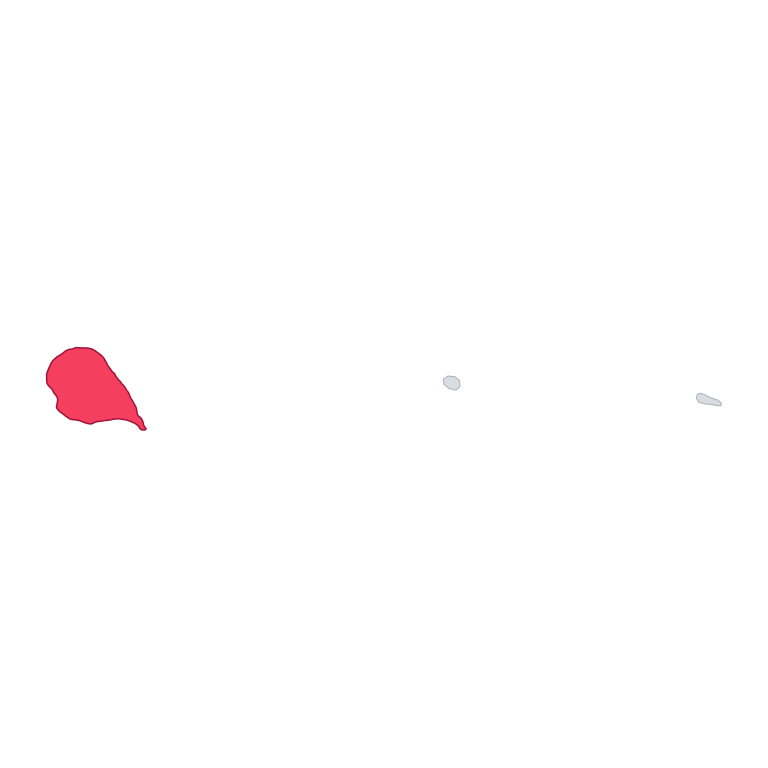 Hadhdhunmathee, Maldives shown in context, rotated 89°
{"feature_id": "70690204B84265710008928", "entity_name": "Hadhdhunmathee", "entity_type": "district", "adm_level": 2, "iso_a3": "MDV", "parent_name": "Maldives", "parent_adm1": "", "projection": "natural_earth1", "projection_center": [73.435, 1.956], "detail": "fine", "context": "in_parent", "style": "filled", "palette": "rose", "viewbox_px": 768, "rotation_deg": 89, "n_neighbors": 0, "source": "geoboundaries", "source_scale": "gbopen_adm2", "svg_char_len": 3712}
<svg xmlns="http://www.w3.org/2000/svg" viewBox="0 0 768 768"><g transform="rotate(89 384 384)"><path d="M407.9,69.4L403.8,72.0L400.0,71.0L398.7,67.8L400.6,63.0L403.8,56.9L406.0,50.3L409.2,46.8L411.7,47.9L411.4,51.7L410.2,56.8L409.5,63.3L407.9,69.4ZM385.4,324.1L380.3,324.6L377.2,319.9L377.9,313.1L381.8,308.4L388.0,308.1L391.5,312.3L389.7,318.9L385.4,324.1Z" fill="#d9dde1" stroke="#a8b0b8" stroke-width="1"/><path d="M370.0,721.2L371.6,721.2L372.9,721.2L374.2,721.2L375.3,721.2L376.6,721.0L377.8,720.8L378.9,720.1L379.8,719.5L380.8,718.5L381.7,717.7L382.7,716.6L383.7,715.9L385.1,715.2L385.9,714.8L387.2,714.2L388.3,713.3L389.5,712.3L390.5,711.7L391.7,711.0L393.3,710.6L394.9,710.6L396.2,710.9L397.3,711.1L398.8,711.3L399.9,711.7L401.1,711.8L402.5,711.6L404.3,710.3L406.3,708.3L407.1,707.2L407.7,706.3L408.3,705.6L409.0,704.8L409.6,704.0L410.7,702.8L411.4,701.6L412.3,700.5L413.2,699.2L413.8,697.4L414.1,696.5L414.3,695.4L414.3,694.0L414.6,693.1L414.6,692.0L414.8,691.3L415.1,690.1L415.4,688.7L415.8,687.6L416.4,686.5L416.8,685.4L417.1,684.7L417.4,683.9L417.8,682.7L418.1,681.9L418.4,680.8L418.6,679.6L418.7,678.8L418.8,678.2L418.7,677.3L418.5,676.3L418.0,675.1L417.5,674.6L417.1,673.7L416.8,672.6L416.6,671.2L416.5,670.1L416.4,669.2L416.3,668.3L416.1,666.9L416.0,665.9L415.8,664.9L415.7,663.8L415.6,662.7L415.5,661.3L415.4,660.1L415.3,659.5L415.1,658.1L414.6,656.2L414.5,655.0L414.4,654.0L414.3,652.4L414.2,651.0L414.1,649.9L414.3,649.1L414.4,647.7L414.6,647.0L414.8,645.9L415.1,644.6L415.3,643.0L415.5,641.9L415.8,641.1L416.3,640.0L416.6,638.9L417.2,637.8L417.6,636.9L417.9,636.2L418.4,635.0L418.7,634.3L419.3,633.3L419.8,632.6L420.2,632.1L420.6,631.6L421.1,631.1L421.6,630.6L422.0,630.2L422.6,629.7L423.2,629.4L423.7,629.2L424.2,628.9L424.6,628.6L425.0,628.2L425.3,627.7L425.5,627.2L425.7,626.7L425.7,625.9L425.8,625.3L425.8,624.7L425.8,624.2L425.7,623.8L425.6,623.4L425.5,623.2L425.4,623.0L425.1,622.8L424.8,622.8L424.6,622.8L424.3,623.0L424.0,623.1L423.5,623.5L423.2,623.7L422.6,624.2L421.7,624.6L421.1,624.9L420.3,625.2L419.2,625.3L418.2,625.5L417.2,625.9L415.9,626.4L415.2,626.7L414.4,627.2L413.7,627.6L413.4,628.0L412.9,628.6L412.4,629.2L411.9,629.7L411.5,630.2L410.8,630.8L410.0,631.1L409.5,631.2L408.7,631.4L406.8,631.6L405.8,631.8L404.8,631.9L403.6,632.2L402.6,632.5L401.6,633.0L400.3,633.7L399.0,634.4L397.9,635.0L396.7,635.6L395.3,636.4L394.0,637.3L392.5,637.9L391.3,638.4L390.4,638.8L389.2,639.2L387.9,639.8L386.9,640.6L385.5,641.6L384.1,642.3L382.9,643.0L381.8,643.8L380.4,644.9L379.3,646.1L378.4,646.6L377.2,647.4L376.1,648.3L375.3,649.2L374.4,650.0L373.6,650.6L372.5,651.4L372.0,651.8L371.3,652.1L370.8,652.3L369.9,652.7L368.6,653.5L368.0,654.3L367.2,655.2L366.7,655.7L366.0,656.2L365.2,656.7L363.6,657.7L362.3,658.7L361.2,659.6L360.5,660.0L359.6,660.5L358.6,660.8L357.3,661.5L356.1,662.1L355.0,662.8L353.9,663.2L352.7,664.2L351.8,664.9L350.7,665.9L349.9,666.8L348.9,668.0L348.1,669.1L347.4,670.2L346.9,670.7L346.0,671.8L345.5,672.7L344.8,674.0L344.1,675.1L343.8,675.8L343.5,676.9L343.2,678.3L342.9,679.5L342.8,680.4L342.7,681.3L342.8,682.4L342.8,683.2L342.8,684.3L342.6,685.5L342.5,686.5L342.5,687.6L342.4,688.9L342.2,689.9L342.2,690.8L342.8,693.2L343.0,693.8L343.6,694.9L343.8,696.6L343.9,697.4L344.0,698.4L344.3,699.3L344.6,700.2L345.0,701.1L345.3,701.7L345.9,702.4L346.5,703.3L347.0,703.9L347.7,704.8L348.5,705.8L349.0,706.6L349.4,707.3L349.6,707.7L350.1,708.6L350.5,709.5L351.1,710.4L351.7,711.1L352.4,711.8L352.8,712.5L353.3,713.0L354.0,713.8L354.8,714.5L355.5,715.2L356.6,715.9L357.3,716.5L358.4,717.0L359.7,717.5L361.0,718.2L362.0,718.7L363.2,719.2L364.5,719.8L365.4,720.1L366.5,720.6L367.8,721.0L368.9,721.1L370.0,721.2Z" fill="#f43f5e" stroke="#9f1239" stroke-width="1.5"/></g></svg>